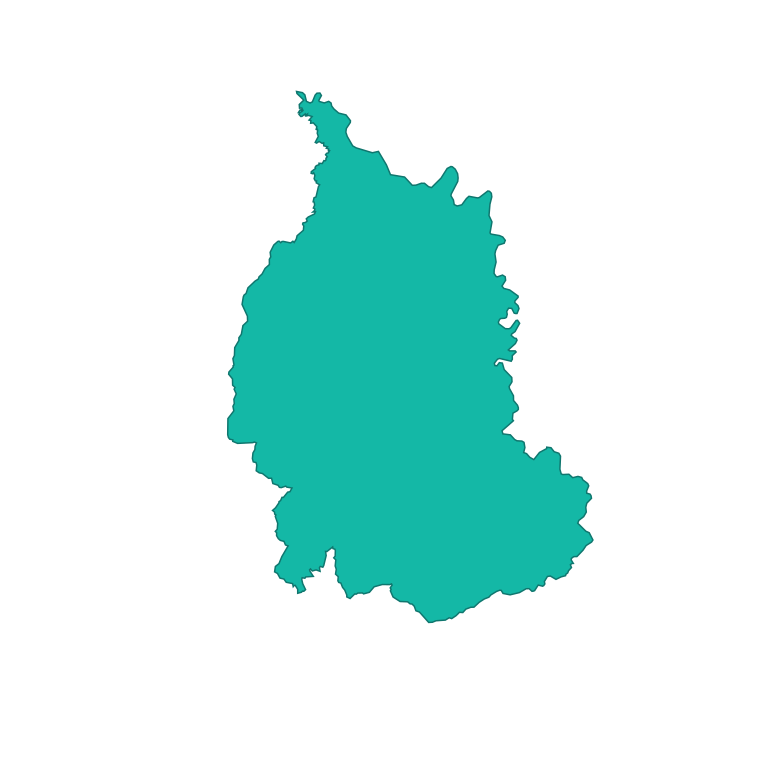 outline of Alegrete, Rio Grande do Sul, Brazil, rotated 43°
{"feature_id": "56859067B34107990199573", "entity_name": "Alegrete", "entity_type": "district", "adm_level": 2, "iso_a3": "BRA", "parent_name": "Brazil", "parent_adm1": "Rio Grande do Sul", "projection": "equal_earth", "projection_center": [-55.86, -29.764], "detail": "fine", "context": "isolated", "style": "filled", "palette": "teal", "viewbox_px": 768, "rotation_deg": 43, "n_neighbors": 0, "source": "geoboundaries", "source_scale": "gbopen_adm2", "svg_char_len": 6170}
<svg xmlns="http://www.w3.org/2000/svg" viewBox="0 0 768 768"><g transform="rotate(43 384 384)"><path d="M217.2,307.1L214.7,313.5L214.5,316.2L216.7,317.2L216.4,319.4L214.9,321.4L215.4,322.6L217.6,323.2L220.2,326.6L219.3,334.8L221.0,337.8L221.8,341.8L220.0,341.7L219.5,344.5L213.1,348.4L212.2,349.4L212.1,351.1L209.8,351.1L209.1,352.2L208.6,357.5L210.9,365.3L214.5,368.3L215.1,371.0L218.7,374.8L218.2,380.6L219.8,386.7L219.5,390.8L220.5,392.9L219.5,396.7L218.9,406.4L221.4,411.9L221.0,414.3L221.6,416.1L225.9,422.6L237.8,427.5L241.4,431.1L241.0,437.5L245.8,445.0L246.3,449.1L248.2,451.1L250.0,459.2L255.2,465.2L256.2,468.5L261.3,472.4L261.2,473.7L262.2,474.4L262.4,481.0L263.7,482.8L269.7,483.6L274.1,488.1L277.4,488.1L277.9,490.0L282.7,492.0L284.6,497.5L287.9,500.5L288.7,503.3L292.5,506.1L293.4,515.7L304.3,527.7L306.6,529.2L308.7,529.6L311.6,528.0L312.5,529.1L317.4,527.3L328.1,516.3L328.7,514.9L330.9,514.0L332.2,517.5L334.3,520.0L335.2,523.8L338.6,528.3L341.5,530.1L344.0,528.7L346.3,530.1L349.7,534.6L353.3,534.1L356.1,532.4L363.9,531.7L366.0,529.6L370.6,532.6L375.6,530.3L378.0,530.9L379.5,529.9L381.8,525.7L383.3,525.7L387.6,522.8L388.7,526.9L387.3,528.8L387.8,535.5L386.7,536.5L387.9,539.8L387.4,541.6L388.2,542.6L389.1,548.5L388.7,552.5L391.2,552.3L392.8,553.7L394.2,553.5L394.8,555.0L401.3,558.4L405.0,563.1L405.0,565.9L406.9,566.0L408.9,568.2L412.2,569.2L414.8,569.1L418.2,567.3L421.7,568.9L424.3,567.8L427.0,579.9L429.7,587.0L429.0,591.5L432.1,596.0L435.3,595.2L440.3,596.9L443.8,594.9L447.7,595.7L453.3,592.3L455.8,594.1L455.7,592.7L456.4,591.8L460.9,593.0L463.6,595.9L465.6,592.7L465.7,591.0L466.7,590.3L466.9,587.9L460.8,585.5L457.1,583.0L456.3,581.5L458.6,580.0L458.4,578.4L463.5,572.9L457.5,571.4L456.3,570.7L456.3,569.4L459.1,569.6L461.1,566.3L465.0,564.6L462.1,562.4L461.8,560.9L464.2,559.7L463.7,557.8L458.7,548.9L455.4,546.3L456.5,545.5L457.6,538.2L458.9,539.2L460.8,538.3L462.1,539.1L465.7,543.2L465.8,545.4L468.7,545.5L472.4,550.4L475.4,552.0L478.2,556.1L481.9,556.1L484.5,559.4L486.2,560.0L488.2,559.0L492.4,561.0L495.9,561.5L500.7,563.7L502.0,565.1L505.5,564.0L505.8,557.6L507.0,556.6L507.5,554.7L510.8,551.5L512.2,551.4L515.4,546.3L515.1,539.0L519.5,531.8L525.1,526.7L525.8,525.1L527.1,525.6L527.6,528.9L529.2,529.3L529.7,530.9L535.9,533.6L544.1,532.1L549.8,527.2L553.0,527.0L554.6,525.8L557.7,525.9L562.0,528.1L565.5,526.6L579.3,527.9L581.9,525.2L583.5,521.7L589.9,514.8L591.1,510.5L593.5,509.4L594.7,504.3L594.9,499.5L597.5,497.4L597.4,492.8L599.8,488.0L602.0,485.9L602.5,478.7L604.0,472.7L606.1,468.4L606.0,465.4L607.8,458.9L609.3,455.9L610.5,455.0L613.9,456.0L620.0,452.2L625.3,444.2L627.6,436.8L629.7,434.7L633.6,434.7L634.5,433.6L635.1,432.4L633.9,425.9L637.9,423.7L638.3,422.5L638.0,420.5L636.0,419.1L634.8,413.3L636.6,411.0L643.0,409.6L645.1,404.2L647.5,400.4L646.8,399.0L647.2,396.9L646.3,394.7L646.3,390.4L643.6,389.1L643.8,387.2L644.8,386.1L640.9,385.0L640.0,383.8L640.5,380.9L642.8,378.6L642.9,369.8L642.0,364.3L643.6,358.0L643.2,355.6L635.5,352.8L632.1,354.0L620.7,353.7L619.5,350.9L620.5,344.8L619.3,339.7L615.7,336.6L613.6,332.9L613.7,326.1L611.6,324.5L609.8,324.0L606.8,325.6L605.2,324.1L603.2,318.9L600.9,317.9L594.8,318.5L592.3,317.5L588.9,319.3L585.9,323.8L580.8,323.9L576.5,328.3L574.9,328.9L570.8,326.4L562.3,316.4L559.1,315.4L554.6,317.5L549.6,316.7L546.1,319.2L547.0,320.3L544.4,328.0L545.1,337.1L540.5,338.2L535.8,337.7L532.9,338.9L530.4,334.4L526.2,331.2L523.8,331.7L519.9,334.9L517.4,335.5L511.1,335.0L505.0,339.4L502.2,337.7L503.7,322.6L502.0,322.3L498.2,317.4L499.6,312.9L499.6,311.0L498.4,309.7L496.1,308.5L490.0,307.7L486.7,304.3L479.0,301.8L477.2,300.5L476.1,295.1L473.0,292.1L462.1,291.5L456.3,288.0L453.8,289.7L454.2,293.7L452.5,294.9L450.5,293.5L450.1,288.4L451.1,286.5L461.5,280.6L461.0,278.4L458.5,275.8L458.8,270.5L457.4,270.3L453.3,274.1L451.7,274.3L452.5,264.8L451.4,261.2L449.7,260.5L448.1,261.5L443.9,261.7L443.3,260.4L444.1,256.3L441.8,247.1L438.2,246.3L437.3,247.5L438.4,256.4L437.8,258.3L435.0,260.8L426.9,261.7L425.4,260.7L424.5,258.0L424.7,256.5L427.5,253.5L428.1,251.8L426.6,249.0L424.3,247.3L423.4,243.6L425.8,241.6L430.9,243.4L432.2,242.7L433.2,241.7L431.3,236.8L428.5,235.3L424.2,235.3L423.1,233.9L423.0,229.2L422.1,228.2L411.8,229.5L406.4,232.4L403.5,231.9L402.2,225.2L399.5,222.9L396.4,223.5L393.9,228.2L392.8,228.9L389.1,228.1L386.7,225.3L382.8,218.4L376.4,213.2L374.6,210.2L372.8,204.6L375.9,199.1L374.7,196.2L370.6,195.5L367.2,196.7L360.0,201.4L358.5,201.2L352.4,191.8L345.9,189.2L338.9,180.3L335.2,173.6L332.4,171.3L329.8,171.1L328.3,172.0L326.5,182.7L325.5,184.1L318.1,188.8L317.8,192.1L318.7,199.9L316.1,203.9L313.0,204.9L309.3,202.1L304.6,200.7L303.6,199.2L299.8,185.6L297.7,182.8L294.4,180.0L289.6,178.3L285.9,178.5L284.6,179.3L283.2,183.3L285.3,194.5L284.8,207.9L282.1,209.3L276.7,209.6L274.4,211.7L271.8,216.7L269.2,219.4L257.9,218.6L246.0,226.5L236.3,222.1L221.3,217.7L217.8,222.8L202.6,230.3L198.7,231.2L188.3,228.0L184.4,225.9L182.2,222.8L181.0,215.7L179.9,214.3L172.7,213.1L166.1,216.8L159.8,217.0L156.2,216.4L153.6,214.6L150.8,215.0L148.6,219.2L144.0,221.5L142.9,221.0L141.5,215.7L138.7,214.9L136.6,217.1L136.6,219.6L139.2,226.5L138.3,228.9L134.5,230.2L128.9,226.5L125.7,226.5L120.5,229.7L122.2,230.9L131.7,231.1L131.4,237.4L134.1,239.9L135.7,238.2L138.2,239.2L138.1,240.8L136.4,239.9L135.7,240.9L136.3,243.9L137.5,242.9L137.9,244.8L140.7,245.1L141.5,244.2L142.2,240.3L143.2,241.1L143.8,239.1L144.4,240.9L145.7,239.0L149.0,237.4L149.2,242.1L150.9,241.2L152.5,243.3L154.3,241.2L159.4,241.6L161.0,244.6L161.0,243.1L162.3,243.5L164.2,246.2L167.1,247.7L168.9,254.2L170.4,253.8L171.1,250.9L174.6,250.2L175.4,248.8L177.5,250.9L180.9,249.0L181.0,250.9L183.3,249.9L184.2,251.3L185.1,250.6L185.6,253.0L184.7,254.5L184.9,256.2L187.5,256.5L187.6,258.5L188.7,259.6L188.7,261.0L187.7,261.6L188.5,264.8L185.9,266.9L186.9,267.9L185.6,270.5L185.8,272.5L186.9,273.1L186.0,278.2L187.0,279.6L188.4,278.9L188.5,277.5L191.2,278.6L192.9,281.5L195.3,282.3L196.2,281.5L197.2,283.1L201.1,282.2L201.4,284.3L206.7,293.6L205.8,295.5L207.9,299.1L208.9,298.6L211.3,300.5L212.3,303.5L214.0,303.1L214.9,304.3L214.7,306.7L216.4,304.8L217.2,307.1Z" fill="#14b8a6" stroke="#0f766e" stroke-width="1.5"/></g></svg>